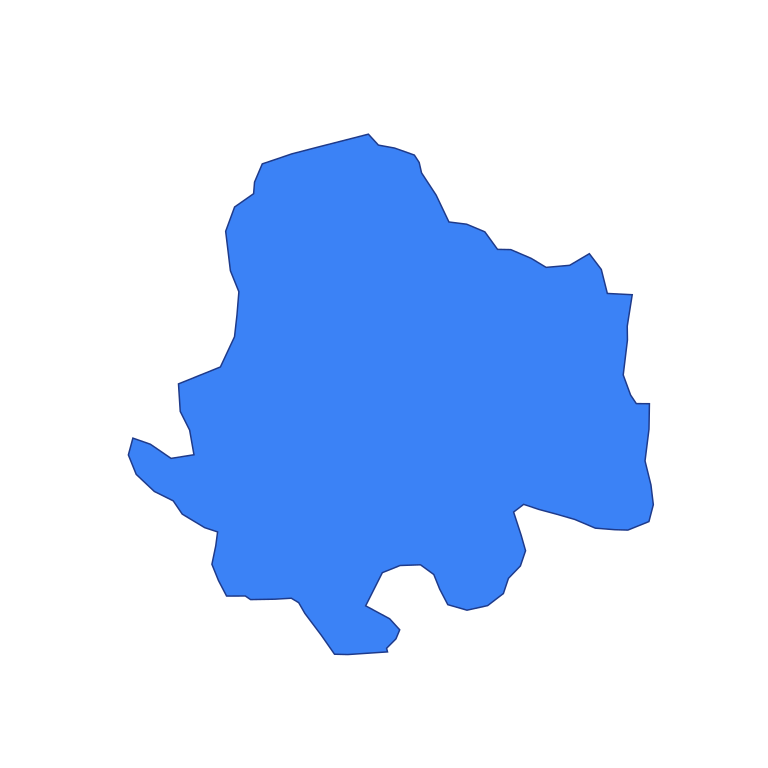 outline of Seongju-gun, North Gyeongsang, South Korea, rotated 338°
{"feature_id": "91817680B40534015790157", "entity_name": "Seongju-gun", "entity_type": "district", "adm_level": 2, "iso_a3": "KOR", "parent_name": "South Korea", "parent_adm1": "North Gyeongsang", "projection": "natural_earth1", "projection_center": [128.226, 35.91], "detail": "fine", "context": "isolated", "style": "filled", "palette": "blue", "viewbox_px": 768, "rotation_deg": 338, "n_neighbors": 0, "source": "geoboundaries", "source_scale": "gbopen_adm2", "svg_char_len": 1383}
<svg xmlns="http://www.w3.org/2000/svg" viewBox="0 0 768 768"><g transform="rotate(338 384 384)"><path d="M463.1,146.5L410.9,139.5L384.9,136.1L353.6,134.3L339.6,148.3L334.4,158.7L311.8,163.9L294.4,183.1L284.0,221.5L284.0,244.1L273.5,265.0L263.1,284.2L238.7,306.9L216.1,306.9L193.5,306.9L184.8,333.1L186.5,354.0L181.3,378.4L158.7,373.2L144.8,352.3L130.9,340.1L120.4,354.0L120.4,375.0L130.8,397.6L144.8,413.4L148.2,429.1L163.9,450.0L174.3,458.8L167.4,471.0L156.9,486.7L156.9,504.2L158.6,521.6L162.7,523.3L176.0,528.6L179.5,533.9L202.1,542.6L217.8,547.9L223.0,554.8L224.7,567.1L231.7,593.3L236.9,616.0L249.1,621.3L286.9,633.7L287.4,630.0L299.6,624.8L306.5,617.8L301.3,603.8L292.6,593.3L283.9,582.8L297.8,570.6L311.8,558.3L330.9,558.3L350.1,565.3L358.8,579.3L358.8,595.0L360.5,612.5L376.2,624.8L397.1,628.3L416.2,623.0L426.6,610.8L442.3,603.8L452.8,591.6L454.5,575.8L456.2,551.3L468.4,547.9L480.6,558.3L494.5,568.8L510.2,581.1L525.9,596.8L543.3,605.5L555.4,610.8L578.1,610.8L588.5,596.8L593.7,577.6L597.2,553.1L612.8,525.1L622.7,501.7L610.6,496.7L608.5,486.6L609.2,465.2L626.2,434.4L631.2,421.5L647.6,394.2L625.0,383.7L628.4,359.2L623.2,340.1L600.6,343.5L578.0,336.6L567.5,322.6L551.9,306.9L539.7,301.7L534.5,280.7L520.5,266.8L504.9,258.1L503.1,228.4L497.9,202.3L499.6,191.8L497.9,183.1L482.2,169.2L468.3,160.4L463.1,146.5Z" fill="#3b82f6" stroke="#1e3a8a" stroke-width="1.5"/></g></svg>